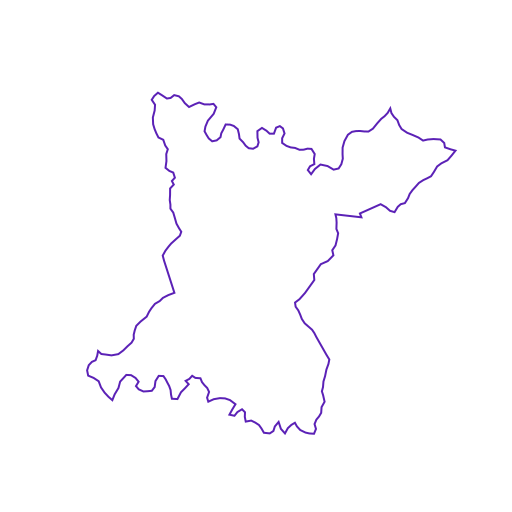 Faxinal dos Guedes, Santa Catarina, Brazil (orthographic projection), rotated 20°
{"feature_id": "56859067B8345863694460", "entity_name": "Faxinal dos Guedes", "entity_type": "district", "adm_level": 2, "iso_a3": "BRA", "parent_name": "Brazil", "parent_adm1": "Santa Catarina", "projection": "orthographic", "projection_center": [-52.248, -26.844], "detail": "fine", "context": "isolated", "style": "outline", "palette": "violet", "viewbox_px": 512, "rotation_deg": 20, "n_neighbors": 0, "source": "geoboundaries", "source_scale": "gbopen_adm2", "svg_char_len": 3777}
<svg xmlns="http://www.w3.org/2000/svg" viewBox="0 0 512 512"><g transform="rotate(20 256 256)"><path d="M331.7,71.4L330.8,76.5L329.0,80.7L326.8,84.2L324.6,89.7L322.3,96.4L319.1,100.6L314.9,102.0L310.8,103.0L307.1,104.5L303.7,106.5L300.9,110.6L299.8,117.8L300.3,124.5L302.5,130.7L304.3,134.9L304.8,140.6L303.7,145.5L299.4,148.3L292.5,147.0L285.3,148.0L281.6,154.1L279.8,160.3L275.3,157.5L276.1,153.2L279.4,149.7L277.2,144.9L276.3,140.1L271.5,136.4L267.7,137.5L264.4,139.8L260.6,141.3L255.7,141.1L251.4,142.1L247.0,142.1L241.9,140.8L240.3,136.4L240.9,131.1L237.7,126.9L234.0,125.8L231.0,128.5L231.0,134.9L227.0,136.4L223.0,134.7L217.8,133.6L214.6,138.2L217.0,144.4L219.6,148.3L219.8,152.5L216.6,156.2L212.3,157.2L208.6,155.9L205.0,153.5L200.4,151.3L198.3,147.3L195.5,143.1L190.7,141.4L186.8,141.4L182.5,142.8L182.0,148.4L181.4,152.6L182.0,156.5L179.5,160.8L175.6,163.2L171.4,161.7L168.2,159.2L165.0,156.4L164.2,151.7L164.5,145.3L167.6,136.9L167.8,129.8L164.0,127.6L160.7,129.4L155.6,131.2L150.1,131.2L146.7,134.2L142.1,138.9L136.8,136.7L132.6,133.8L128.9,132.3L124.1,132.8L121.7,136.7L118.4,138.5L112.7,137.1L108.0,136.1L105.6,140.5L104.6,144.9L109.4,148.4L111.0,153.9L111.7,161.1L114.3,167.4L117.3,171.4L120.4,174.8L123.8,178.0L129.1,178.5L132.9,183.2L136.6,185.8L136.8,190.9L139.4,197.5L140.8,204.1L145.5,205.7L149.7,205.9L153.0,210.2L151.3,214.3L154.3,217.0L152.2,221.9L154.4,228.1L155.8,232.9L158.0,237.0L159.4,240.8L163.4,243.5L167.3,248.8L170.2,252.8L174.0,256.1L177.5,258.8L177.5,263.0L175.0,267.6L172.0,273.3L170.6,277.1L169.1,281.9L168.2,287.5L171.1,291.7L191.9,318.5L187.0,322.7L182.9,327.1L180.9,331.3L177.4,335.5L175.6,340.8L174.6,345.0L174.0,350.4L170.0,357.0L167.4,362.5L167.5,367.4L168.0,371.8L169.5,375.6L168.7,380.0L166.2,384.6L163.6,390.1L160.2,395.3L154.2,398.8L148.5,400.0L144.2,401.0L140.1,399.3L140.9,404.1L140.9,408.8L138.0,411.6L136.2,415.8L136.4,421.2L139.2,425.8L145.1,426.1L151.0,427.5L155.3,432.5L160.5,436.2L165.6,438.8L170.3,440.6L170.5,434.3L171.9,427.1L171.3,420.5L174.8,412.1L179.4,410.7L184.5,411.8L188.7,414.3L187.7,419.3L191.4,421.4L196.6,421.8L200.7,420.0L204.2,418.3L205.6,413.8L204.3,407.9L205.6,401.9L210.1,400.5L213.3,402.8L216.1,405.4L218.9,407.9L221.6,411.2L223.5,415.2L225.8,418.9L231.1,417.3L232.1,409.7L234.6,404.3L236.6,399.5L232.6,397.4L235.4,394.3L237.0,390.4L240.7,391.3L245.6,389.9L248.4,393.0L251.7,395.0L255.3,396.7L258.4,399.8L258.5,405.9L261.0,409.2L265.3,405.0L270.7,401.9L275.6,400.4L280.8,400.3L287.4,402.3L286.2,408.3L285.3,414.2L290.4,413.5L291.9,409.0L295.3,404.8L299.1,406.6L300.5,411.0L303.0,415.1L307.8,412.3L312.3,412.8L316.6,413.8L320.1,416.2L323.9,419.4L329.6,418.0L332.2,414.5L332.0,409.7L334.0,404.2L338.5,409.9L343.9,412.8L344.8,406.9L347.0,402.6L349.6,399.4L352.7,402.1L357.1,404.4L362.9,405.0L366.8,404.5L371.3,403.2L371.5,398.0L368.5,393.9L368.7,389.1L370.1,385.3L370.9,381.1L369.3,375.6L370.3,369.5L366.7,363.9L364.2,360.6L363.8,356.3L362.3,350.8L362.0,345.3L361.0,338.6L361.0,332.7L360.3,328.2L355.7,324.5L340.3,311.4L337.2,308.5L333.9,306.1L324.8,302.6L320.6,299.5L317.6,296.0L314.3,292.6L310.6,290.1L308.6,286.4L311.6,281.8L314.7,274.0L319.0,258.6L316.5,253.2L319.7,241.5L325.2,236.2L328.5,228.9L325.7,224.5L327.1,218.9L326.4,212.3L325.4,206.5L322.3,203.1L320.3,197.0L318.5,192.9L316.4,189.7L341.8,183.6L339.1,180.5L355.4,164.7L361.4,165.7L366.5,167.7L371.2,167.4L372.4,161.3L374.3,157.8L377.8,155.4L379.1,149.6L379.2,145.1L380.5,140.6L382.3,136.2L384.1,131.6L387.3,127.4L390.2,124.5L393.2,121.2L394.4,116.3L395.6,109.9L398.5,105.5L403.2,100.5L405.5,94.5L407.4,88.8L402.3,89.2L396.4,89.3L394.2,85.4L389.5,83.4L382.8,85.4L377.5,87.8L373.5,90.4L368.1,89.1L361.8,88.7L355.9,88.5L349.4,86.9L345.8,84.0L342.4,80.0L338.0,78.0L334.4,75.4L331.7,71.4Z" fill="none" stroke="#5b21b6" stroke-width="2"/></g></svg>